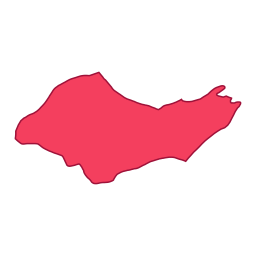 Habil Jabr, Lahij, Yemen
{"feature_id": "15242507B45495192341807", "entity_name": "Habil Jabr", "entity_type": "district", "adm_level": 2, "iso_a3": "YEM", "parent_name": "Yemen", "parent_adm1": "Lahij", "projection": "orthographic", "projection_center": [45.08, 13.602], "detail": "fine", "context": "isolated", "style": "filled", "palette": "rose", "viewbox_px": 256, "rotation_deg": 0, "n_neighbors": 0, "source": "geoboundaries", "source_scale": "gbopen_adm2", "svg_char_len": 4495}
<svg xmlns="http://www.w3.org/2000/svg" viewBox="0 0 256 256"><path d="M181.5,99.4L180.7,99.8L179.6,100.5L178.4,101.0L177.2,101.6L176.0,102.2L174.8,102.6L173.4,103.2L172.2,103.6L170.8,104.0L169.6,104.4L168.3,104.7L167.1,104.9L166.9,104.9L165.9,105.2L164.8,105.5L163.6,106.0L162.5,106.8L161.7,107.5L161.0,108.1L160.4,108.5L159.7,108.9L159.2,109.3L158.8,109.4L158.4,109.6L158.0,109.5L156.2,108.9L155.1,108.3L154.3,108.0L153.5,107.7L152.0,107.2L151.1,106.8L148.8,105.8L147.9,105.6L146.6,105.3L145.3,105.1L143.8,104.7L142.2,104.4L140.9,104.0L139.6,103.6L138.2,103.1L136.9,102.7L135.6,102.1L134.3,101.5L133.1,101.1L132.0,100.7L130.8,100.2L129.3,99.7L128.1,99.3L127.0,98.9L125.6,98.2L124.3,97.5L123.3,96.8L122.2,96.0L121.2,95.3L120.1,94.5L118.8,93.7L117.7,92.9L116.5,92.1L115.4,91.3L114.2,90.5L113.2,89.5L112.3,88.5L111.5,87.2L105.5,80.0L104.4,79.2L103.5,78.2L102.8,77.1L98.9,72.4L89.6,75.6L88.3,75.6L87.0,75.5L85.8,75.5L84.5,75.5L83.1,75.6L81.8,75.8L80.6,76.0L79.3,76.4L78.0,76.8L76.8,77.2L75.6,77.6L74.3,78.0L72.9,78.4L71.7,78.8L70.3,79.3L69.0,79.9L67.7,80.6L66.6,81.2L65.3,82.0L64.1,82.6L62.8,83.3L61.5,84.0L60.3,84.7L59.0,85.3L57.9,86.0L56.9,86.8L55.6,87.7L54.5,88.7L53.6,89.8L52.8,90.9L52.1,92.1L51.3,93.3L50.6,94.4L49.7,95.7L49.0,97.0L48.2,98.2L47.4,99.4L46.6,100.6L45.9,101.6L45.1,102.7L44.3,103.7L43.4,104.7L42.3,105.9L41.3,106.9L40.2,108.1L39.3,109.1L38.4,109.9L37.4,110.8L36.3,111.6L35.0,112.4L33.9,113.1L32.6,113.7L31.2,114.2L29.9,114.7L28.7,115.3L27.5,116.0L26.4,116.8L25.2,117.5L23.9,118.1L20.9,120.7L18.4,124.9L15.8,131.1L15.8,131.4L15.8,132.7L15.8,134.1L15.7,135.4L15.6,136.7L15.4,137.9L15.4,138.8L16.0,139.3L16.9,140.2L17.8,141.0L18.8,141.8L19.8,142.6L20.9,143.4L22.0,143.9L23.3,144.0L24.7,143.9L26.0,143.7L27.3,143.6L28.6,143.6L29.8,143.6L31.2,143.6L32.6,143.6L33.8,143.6L35.1,143.6L36.5,143.7L37.8,143.9L38.9,144.6L40.0,145.4L41.1,146.3L42.1,147.1L43.1,147.8L44.3,148.5L45.8,149.3L47.1,149.9L48.5,150.6L49.9,151.2L51.3,151.7L52.9,152.4L54.4,153.0L55.6,153.4L56.9,153.8L58.3,154.3L59.6,154.8L60.8,155.2L62.0,155.7L62.9,156.7L63.6,158.0L64.1,159.1L64.7,160.3L65.2,161.5L65.8,162.7L66.4,164.0L66.9,165.1L67.9,165.9L69.2,166.2L70.7,166.1L72.1,165.8L73.5,165.5L74.8,165.2L75.9,164.8L77.2,164.4L78.4,164.1L79.0,164.0L79.5,164.2L80.0,164.6L80.7,165.6L81.8,167.1L82.9,169.3L83.6,170.4L83.8,171.7L84.2,172.9L84.9,174.1L85.6,175.2L86.4,176.2L87.2,177.2L88.2,178.2L89.2,179.0L90.1,179.9L90.9,180.9L91.6,182.0L92.6,182.8L93.8,183.4L95.2,183.6L96.4,183.6L97.8,183.4L99.1,183.1L100.3,182.8L101.8,182.6L103.1,182.5L104.5,182.5L105.8,182.4L107.2,182.3L108.5,182.1L109.8,181.8L111.1,181.3L112.3,180.8L113.4,180.1L113.9,179.0L114.6,177.8L115.4,176.5L116.2,175.4L117.1,174.3L118.3,173.6L119.7,172.9L121.0,172.2L122.3,171.7L123.5,171.3L124.8,171.0L126.0,170.7L127.5,170.3L129.0,170.1L130.3,169.8L131.6,169.4L132.9,169.1L134.4,168.7L135.8,168.6L137.0,168.3L138.4,167.8L139.6,167.2L140.7,166.6L142.2,165.8L143.3,165.2L144.8,164.6L146.0,163.9L147.1,163.3L148.5,162.6L149.8,161.9L151.1,161.4L152.5,161.0L153.8,160.6L155.3,160.1L156.9,159.6L158.3,159.2L159.5,158.8L160.8,158.6L162.1,158.3L163.6,158.1L165.0,157.8L166.3,157.6L167.8,157.4L169.1,157.2L170.3,157.2L171.9,157.2L173.2,157.3L174.5,157.5L175.7,157.9L176.9,158.3L178.2,158.8L179.5,159.2L181.0,159.6L182.2,159.9L183.5,160.4L183.8,160.5L184.8,160.9L185.7,161.3L187.6,159.0L188.3,158.1L190.9,155.3L193.7,152.1L196.5,149.5L198.2,147.8L198.8,147.2L199.3,146.7L202.0,143.8L205.0,140.9L208.0,138.4L211.1,136.0L214.2,133.5L217.6,131.2L221.0,129.1L224.7,127.7L227.7,125.2L229.9,122.1L231.7,118.5L233.5,115.1L235.0,112.0L235.3,111.5L235.5,111.1L237.5,108.0L238.0,107.5L238.9,106.7L239.6,105.7L239.9,104.9L240.4,104.2L240.6,103.4L240.6,102.7L240.2,102.2L239.0,102.0L237.8,102.0L237.1,102.1L236.0,102.3L235.4,102.6L234.4,103.0L233.5,103.0L232.8,102.9L231.9,103.0L231.1,102.8L230.5,102.0L230.5,101.1L230.5,100.4L230.7,99.9L231.2,99.2L231.4,98.8L231.5,98.5L231.5,98.1L229.5,97.5L227.8,96.8L226.3,96.1L226.2,96.1L223.2,97.1L219.1,96.1L218.4,96.0L216.7,94.9L216.7,94.6L216.7,94.1L217.2,93.4L218.8,92.7L219.5,92.2L220.6,91.4L223.8,89.1L224.8,88.1L224.9,87.7L224.7,86.7L224.3,86.3L223.0,85.8L222.9,85.8L222.1,85.8L221.8,85.9L221.1,85.9L218.2,86.9L216.3,87.6L214.4,88.6L212.7,89.9L211.3,91.0L211.1,91.2L209.8,92.4L208.1,94.1L205.5,95.7L203.8,96.7L202.1,97.8L201.2,98.5L200.1,99.1L198.6,99.5L198.2,99.6L194.8,100.6L192.0,101.4L189.3,101.7L186.8,101.7L184.5,101.4L183.7,101.1L182.8,100.9L181.8,100.0L181.5,99.4Z" fill="#f43f5e" stroke="#9f1239" stroke-width="1.5"/></svg>